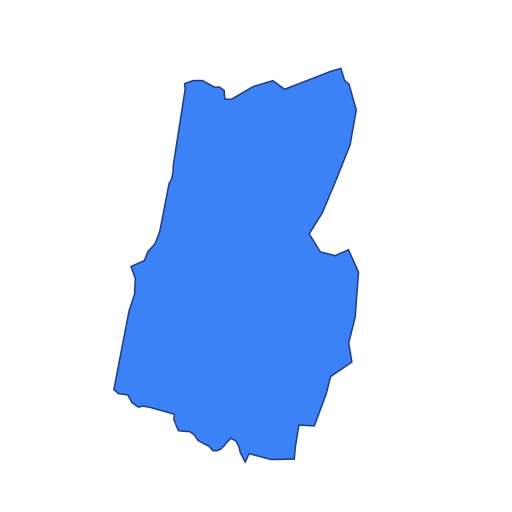 the border of Smiltenes, rotated 104°
{"feature_id": "LVA-5798", "entity_name": "Smiltenes", "entity_type": "Municipality", "adm_level": 1, "iso_a3": "LVA", "parent_name": "Latvia", "parent_adm1": "", "projection": "natural_earth1", "projection_center": [26.061, 57.417], "detail": "fine", "context": "isolated", "style": "filled", "palette": "blue", "viewbox_px": 512, "rotation_deg": 104, "n_neighbors": 0, "source": "natural_earth", "source_scale": "10m", "svg_char_len": 1074}
<svg xmlns="http://www.w3.org/2000/svg" viewBox="0 0 512 512"><g transform="rotate(104 256 256)"><path d="M449.8,191.9L449.5,214.9L458.6,216.6L450.6,223.6L445.6,226.2L440.5,230.4L438.9,236.1L443.4,239.0L448.1,241.2L452.0,243.5L454.4,246.8L455.3,250.8L452.0,255.3L450.6,261.8L448.9,267.7L444.6,272.4L442.4,277.6L443.8,285.2L444.2,289.1L434.6,296.1L429.3,297.0L428.5,323.3L429.1,329.6L431.1,333.6L428.2,341.0L421.8,346.8L422.8,356.2L420.0,361.6L340.0,365.9L322.3,364.6L306.9,367.7L296.4,374.7L287.4,363.2L277.7,361.9L268.7,357.0L255.8,355.3L206.6,357.9L202.6,356.6L194.8,356.7L188.1,358.2L121.1,364.2L111.6,365.0L106.0,367.0L101.0,359.5L98.7,350.2L102.2,337.3L100.9,332.4L103.1,326.9L111.1,324.3L110.1,318.1L92.2,299.6L81.8,282.1L87.3,268.6L58.9,228.4L53.4,219.0L64.2,212.6L66.9,207.3L90.1,194.0L125.3,191.6L161.0,196.4L198.0,202.1L221.7,209.7L236.5,194.5L236.5,179.3L227.6,167.8L246.9,152.6L291.3,145.0L317.9,145.0L335.7,137.3L354.9,154.5L372.7,154.5L406.7,158.3L409.7,173.5L431.9,171.6L443.8,169.7L449.8,191.9Z" fill="#3b82f6" stroke="#1e3a8a" stroke-width="1.5"/></g></svg>